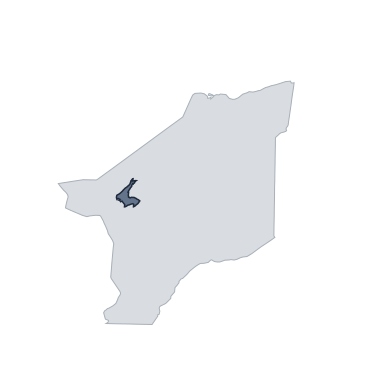 Eldas, North-Eastern, Kenya shown in context, rotated 234°
{"feature_id": "3690345B40849356023427", "entity_name": "Eldas", "entity_type": "district", "adm_level": 2, "iso_a3": "KEN", "parent_name": "Kenya", "parent_adm1": "North-Eastern", "projection": "equal_earth", "projection_center": [39.451, 2.194], "detail": "fine", "context": "in_parent", "style": "filled", "palette": "slate", "viewbox_px": 384, "rotation_deg": 234, "n_neighbors": 0, "source": "geoboundaries", "source_scale": "gbopen_adm2", "svg_char_len": 6217}
<svg xmlns="http://www.w3.org/2000/svg" viewBox="0 0 384 384"><g transform="rotate(234 192 192)"><path d="M106.6,232.4L106.6,227.5L107.1,215.0L107.0,204.0L107.5,198.5L109.5,195.0L110.4,192.5L111.1,188.9L112.2,186.1L114.5,183.7L115.0,182.4L117.5,178.5L119.0,173.5L120.2,171.7L121.6,170.2L122.6,169.3L124.3,168.5L125.6,168.0L125.8,167.6L125.9,166.8L125.5,163.7L126.0,162.7L126.9,160.6L128.0,158.6L128.9,157.4L129.4,156.1L129.6,153.9L129.7,152.4L129.7,149.8L129.4,144.0L128.3,139.2L127.6,133.8L128.1,132.0L127.3,128.8L126.9,128.7L126.2,128.0L125.3,125.0L124.7,122.2L124.2,121.6L121.4,119.2L120.0,113.5L118.4,112.3L117.5,106.7L117.3,105.1L118.3,99.5L118.2,98.3L117.2,97.1L114.5,95.9L112.4,93.6L112.6,92.8L112.8,91.9L111.7,91.4L108.3,81.8L112.6,76.1L117.0,70.3L122.6,63.0L127.7,56.2L132.1,50.4L136.1,45.2L136.0,46.2L136.0,47.5L136.5,48.3L137.3,48.9L138.4,48.3L139.4,47.5L140.3,47.3L146.2,49.5L147.2,51.4L147.1,53.4L147.4,54.9L146.9,56.4L146.4,60.8L146.6,64.9L148.3,68.0L149.9,70.3L151.2,73.7L152.1,74.7L153.4,75.2L157.4,75.4L163.4,75.6L169.2,75.8L169.8,75.9L171.0,76.3L176.3,80.9L181.2,85.0L185.3,88.6L189.3,92.1L193.2,95.5L196.2,98.3L199.2,99.2L204.0,99.6L207.4,99.7L210.5,100.9L215.1,102.0L218.5,102.6L220.6,103.2L226.3,103.9L227.3,103.5L229.8,100.4L232.7,95.3L233.8,92.5L237.4,89.7L243.9,85.8L248.4,83.1L253.5,80.3L255.8,82.7L259.0,86.5L260.4,88.4L261.5,89.3L263.3,89.8L265.4,89.8L266.5,89.7L268.8,89.2L274.3,88.8L277.4,88.8L274.8,93.9L271.7,100.0L265.9,111.2L261.4,117.1L258.1,121.5L257.8,122.3L257.8,127.3L257.8,139.5L257.9,163.8L258.0,188.1L258.1,212.4L258.1,224.5L258.1,228.6L261.0,233.7L263.9,238.7L267.7,245.3L269.7,248.9L270.1,250.0L270.0,252.4L266.8,257.4L264.3,259.6L260.8,260.7L259.8,260.5L258.5,259.8L257.9,261.0L257.5,262.8L256.8,262.4L256.2,261.9L256.5,265.2L256.9,266.8L256.4,269.0L254.7,270.9L254.6,272.5L250.9,276.7L245.8,277.2L243.1,279.3L241.9,281.0L241.0,284.8L241.3,290.6L239.9,295.0L239.6,297.2L237.0,300.1L235.8,302.8L234.9,305.5L234.2,306.6L233.3,312.7L232.0,316.3L231.7,317.5L231.4,318.6L230.4,320.8L229.8,322.3L229.4,323.2L226.3,332.6L223.8,336.8L221.9,336.4L220.6,338.0L220.5,338.8L219.8,338.3L218.2,336.8L214.9,333.6L211.7,330.4L208.4,327.2L205.1,324.1L201.8,320.9L198.5,317.7L195.2,314.5L192.0,311.3L190.0,309.5L189.2,308.4L188.5,306.2L188.2,305.6L187.3,304.9L186.3,304.8L186.0,304.3L186.0,303.3L186.4,301.8L187.6,298.8L187.7,297.1L187.4,295.2L187.1,292.0L186.7,291.3L184.6,289.7L180.0,286.3L175.4,282.8L170.9,279.4L166.3,276.0L161.7,272.5L157.2,269.1L152.6,265.7L148.1,262.2L143.5,258.8L138.9,255.4L134.4,252.0L129.8,248.5L125.2,245.1L120.7,241.7L116.1,238.2L111.5,234.8L109.8,233.5L108.3,232.4L106.6,232.4ZM258.4,265.8L257.6,266.0L258.1,264.4L260.4,262.2L261.4,262.7L261.5,263.2L261.5,263.6L261.1,264.1L258.4,265.8Z" fill="#d9dde1" stroke="#a8b0b8" stroke-width="1"/><path d="M233.5,129.2L232.1,127.7L230.5,127.0L230.1,126.9L230.1,127.0L230.2,127.3L230.3,127.7L230.3,128.0L230.3,128.3L230.2,128.3L229.9,128.5L229.7,128.7L229.6,128.8L229.4,128.9L229.2,129.0L228.9,129.1L228.7,129.2L228.6,129.3L228.4,129.4L228.4,129.2L228.5,129.1L228.4,128.8L228.4,128.7L228.3,128.4L228.3,128.2L228.2,128.3L227.8,128.6L227.7,128.6L227.4,128.6L227.1,128.6L226.1,128.5L225.8,129.6L225.7,129.9L225.7,130.0L222.6,130.1L221.4,130.2L219.7,128.6L219.5,128.8L219.4,129.1L219.3,129.3L219.3,129.5L219.3,129.8L219.2,129.9L219.2,130.0L219.1,130.3L219.1,130.5L219.0,130.8L219.1,131.1L219.1,131.3L219.1,131.5L219.0,132.0L219.0,132.6L218.9,132.7L218.9,132.8L218.8,133.0L218.7,133.2L218.6,133.3L218.5,133.7L218.5,133.8L218.4,133.9L218.4,134.1L218.3,134.4L218.2,134.6L218.2,134.9L218.1,135.1L218.0,135.4L218.0,135.5L217.9,136.0L217.7,136.3L217.6,136.6L217.5,136.8L217.4,136.8L217.2,137.1L217.2,137.3L216.9,137.4L216.5,137.6L216.4,137.6L216.2,137.6L215.9,137.3L215.8,137.2L215.7,137.1L215.5,136.9L215.4,136.7L215.0,136.4L214.9,136.3L214.7,136.2L214.4,135.9L214.3,136.0L214.3,136.3L214.4,136.7L214.4,136.8L214.3,137.0L214.2,137.2L214.2,137.3L214.2,137.5L214.2,137.8L214.2,138.3L214.3,138.4L214.3,138.5L214.3,138.8L214.4,139.1L214.4,139.4L214.4,139.6L214.4,139.8L214.4,140.0L214.4,140.3L214.4,140.9L214.4,141.0L214.4,141.3L214.5,141.4L214.5,141.5L214.6,141.8L214.6,142.0L214.7,142.3L214.7,142.5L214.8,142.8L214.9,143.0L215.0,143.0L215.1,143.3L215.3,143.5L215.4,143.8L215.4,144.1L215.4,144.3L215.5,144.4L215.5,144.5L216.9,144.2L217.8,143.8L218.6,143.3L219.1,143.1L219.3,143.1L219.5,143.1L219.7,142.9L220.1,142.7L220.4,142.5L220.5,142.5L220.9,142.3L221.1,142.3L221.2,142.2L221.7,141.9L221.9,141.7L222.1,141.2L223.2,140.1L223.6,138.5L223.8,138.5L224.1,138.4L224.3,138.1L224.5,138.0L224.6,137.9L224.8,137.9L225.0,137.7L225.3,138.0L225.7,138.2L225.8,138.2L226.0,138.1L226.3,138.2L227.3,139.0L228.3,139.9L228.6,140.2L228.8,140.4L229.0,140.5L229.6,140.9L229.7,140.5L229.9,140.8L230.0,141.0L230.2,141.4L230.4,141.9L230.5,142.0L230.6,142.4L230.8,143.1L231.1,143.6L231.2,143.8L231.3,144.2L231.5,144.6L231.6,144.9L231.7,145.4L231.8,145.7L231.8,145.9L231.8,146.0L232.0,146.3L232.0,146.5L232.5,146.9L232.6,147.0L232.8,147.4L232.9,147.5L233.0,147.6L233.2,147.8L233.3,148.1L233.3,148.4L233.3,148.7L233.3,148.8L233.5,148.9L233.0,149.1L233.2,149.4L233.2,149.5L233.2,149.8L233.2,150.0L233.2,150.3L233.2,150.5L233.3,150.5L233.4,150.8L233.5,151.0L233.6,151.4L233.7,151.5L233.7,151.8L233.7,152.0L233.8,152.3L233.9,152.5L234.0,152.8L234.0,153.0L234.0,153.3L234.0,153.5L234.5,152.9L235.8,150.4L237.4,152.1L237.5,151.9L237.6,151.7L237.4,151.0L237.4,150.8L237.3,150.7L237.2,150.4L237.0,150.2L236.9,150.0L236.9,149.9L237.0,149.6L237.0,149.4L236.9,149.3L236.9,149.2L236.7,148.9L236.5,148.7L236.4,148.6L236.1,148.1L235.9,147.9L235.6,147.5L235.5,147.2L235.4,147.1L235.3,146.9L235.1,146.7L234.9,146.3L234.8,146.2L234.7,145.8L234.6,145.7L234.6,145.4L234.6,145.2L234.6,144.8L234.6,144.4L234.5,144.1L234.5,143.8L234.4,143.3L234.4,143.0L234.4,142.8L234.3,142.3L234.3,141.8L234.3,141.4L234.3,141.2L234.4,140.7L234.4,140.3L234.4,140.2L234.3,139.9L234.3,139.6L234.2,139.1L234.1,138.5L234.0,138.3L234.0,138.1L234.0,137.8L234.0,137.6L233.9,137.5L233.9,137.4L233.8,137.2L233.7,136.9L233.7,136.6L233.6,136.1L233.5,135.9L233.5,135.5L233.5,135.4L233.4,134.7L233.3,134.0L233.2,132.2L233.5,129.5L233.5,129.2Z" fill="#64748b" stroke="#1e293b" stroke-width="1.5"/></g></svg>